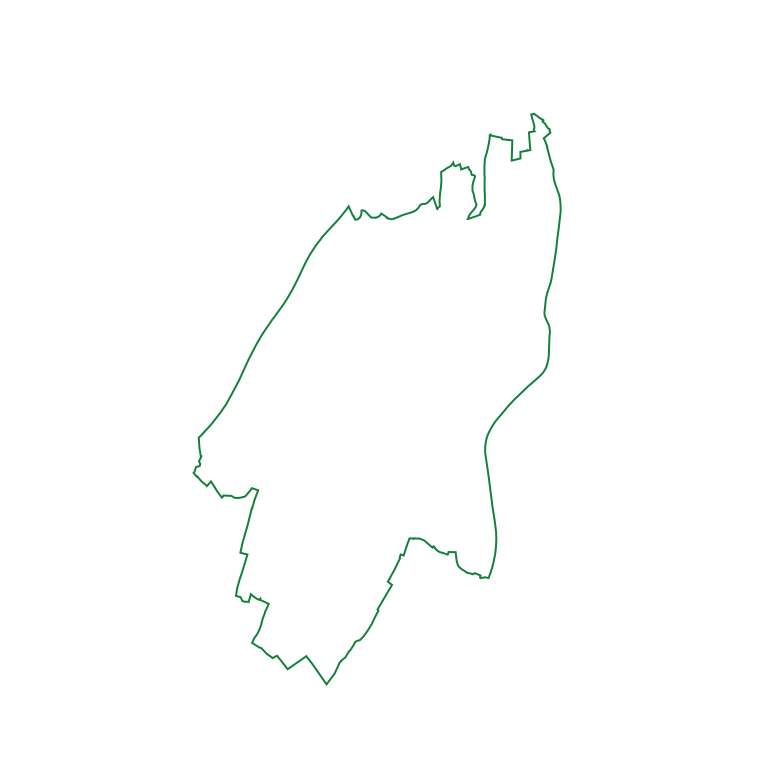 Overbetuwe, Gelderland, Netherlands (Natural Earth projection), rotated 108°
{"feature_id": "6326949B83262310623938", "entity_name": "Overbetuwe", "entity_type": "district", "adm_level": 2, "iso_a3": "NLD", "parent_name": "Netherlands", "parent_adm1": "Gelderland", "projection": "natural_earth1", "projection_center": [5.758, 51.922], "detail": "fine", "context": "isolated", "style": "outline", "palette": "green", "viewbox_px": 768, "rotation_deg": 108, "n_neighbors": 0, "source": "geoboundaries", "source_scale": "gbopen_adm2", "svg_char_len": 5997}
<svg xmlns="http://www.w3.org/2000/svg" viewBox="0 0 768 768"><g transform="rotate(108 384 384)"><path d="M536.2,224.6L531.8,224.4L524.2,224.4L520.2,224.7L512.3,225.6L509.9,226.0L504.2,227.2L499.8,228.4L496.0,229.5L490.4,231.6L484.2,234.4L478.8,237.0L467.4,242.8L439.2,256.1L419.2,266.0L416.8,267.0L414.8,267.7L411.5,268.5L408.5,269.1L404.7,269.6L400.4,269.6L397.1,269.2L393.6,268.6L390.7,268.0L387.2,267.1L383.9,266.0L366.1,258.8L359.2,255.6L345.6,248.3L342.0,246.4L331.7,240.2L328.4,238.3L325.4,236.8L322.0,235.6L318.2,234.9L314.1,234.9L310.3,235.3L306.2,236.0L286.3,241.7L284.2,241.9L281.7,242.9L278.6,244.4L276.7,245.8L271.9,250.2L269.4,252.2L266.9,253.4L252.1,256.5L246.2,256.9L236.5,256.8L232.8,257.1L208.7,260.8L201.5,262.1L191.1,264.3L183.2,265.7L166.9,269.0L165.0,269.4L159.7,271.2L155.6,272.9L152.2,274.6L149.3,276.4L141.0,282.9L137.6,285.2L136.5,285.8L132.8,287.5L129.0,288.6L128.0,288.7L120.4,294.4L107.4,302.7L107.2,302.5L101.9,307.0L101.0,308.0L93.6,303.4L92.7,304.1L92.4,304.6L91.9,304.6L90.5,305.2L90.3,305.4L90.2,305.7L90.4,306.5L90.3,306.9L88.7,308.7L87.3,310.8L86.5,311.3L86.1,312.7L85.3,314.4L83.8,313.9L83.7,314.0L83.4,315.8L83.1,317.3L82.5,319.4L81.9,320.6L81.1,323.6L80.6,324.9L81.1,325.3L82.1,327.2L84.1,326.0L85.9,325.0L87.5,323.8L88.1,323.3L90.0,322.2L90.9,321.3L91.7,321.2L93.7,320.1L95.4,320.1L96.0,320.0L96.7,319.6L97.1,318.9L99.9,323.9L110.0,319.8L116.3,317.1L118.0,320.1L117.8,320.2L118.0,320.3L121.1,326.0L127.3,323.9L131.4,330.5L132.1,331.6L117.9,335.7L112.6,337.3L114.7,347.1L114.2,347.8L113.4,348.1L113.6,348.9L114.7,359.5L113.9,359.8L114.4,360.3L118.0,359.4L123.7,358.5L131.2,357.8L138.8,357.6L139.9,357.4L140.8,357.1L146.3,355.6L149.5,354.6L154.6,352.9L155.9,352.2L160.7,350.8L168.3,348.3L173.8,346.2L182.9,343.3L183.1,343.7L184.3,343.5L185.1,343.5L190.9,345.2L192.1,345.2L192.8,345.0L193.2,344.8L196.7,349.1L196.8,349.4L201.0,354.9L201.1,355.3L196.9,355.0L192.9,353.6L190.8,352.6L187.7,351.6L186.4,351.4L185.4,351.4L184.7,351.6L184.3,351.8L182.3,353.5L179.1,355.6L176.8,356.6L175.9,357.3L174.2,358.4L173.2,359.3L172.5,359.7L168.4,361.0L167.0,361.3L163.2,361.6L161.9,361.5L159.0,361.5L158.3,361.7L158.0,361.9L157.7,362.4L157.6,362.9L157.7,363.3L158.0,364.7L158.0,364.9L157.9,365.2L157.7,365.4L155.5,366.7L155.1,367.0L154.5,367.8L153.4,369.5L151.6,371.0L156.0,376.8L155.7,376.9L151.5,379.8L154.7,383.2L154.7,384.6L152.1,386.6L154.2,387.0L155.7,387.7L156.9,388.6L159.1,390.7L163.0,393.6L164.6,395.2L173.3,392.1L175.5,391.6L179.4,390.6L184.7,389.7L192.6,387.8L197.6,385.8L200.7,387.5L200.7,387.4L201.0,387.4L200.9,387.6L200.4,388.0L191.1,395.0L192.9,396.1L197.5,398.3L198.4,398.8L200.0,400.5L200.5,401.8L200.7,402.7L200.9,403.1L201.6,403.9L202.3,404.6L203.0,404.9L205.7,405.7L207.2,406.4L208.3,406.9L209.4,407.8L211.7,410.1L212.3,410.9L216.1,416.4L218.0,419.0L220.9,422.2L224.3,426.4L224.9,427.5L225.4,432.2L224.8,432.3L223.3,437.0L222.8,439.3L224.6,439.7L225.8,440.4L226.9,441.4L228.3,443.0L228.2,443.2L228.6,443.8L229.2,445.8L229.6,447.9L229.4,448.1L228.2,450.3L225.5,455.2L225.3,458.0L225.9,459.0L228.5,458.3L229.9,458.0L231.5,458.1L233.0,458.4L233.6,458.6L234.2,459.0L235.6,460.2L236.1,460.8L236.5,461.8L236.5,462.3L235.4,463.1L235.3,463.4L235.3,463.5L234.0,464.5L233.8,464.8L234.0,464.9L233.2,465.9L226.0,472.5L229.9,473.7L239.2,477.2L246.8,480.6L254.0,484.0L260.4,486.9L263.1,488.0L273.0,491.5L280.6,493.6L284.6,494.6L290.9,495.8L297.8,496.8L310.6,498.4L318.4,499.6L324.0,500.6L329.3,501.7L334.8,503.0L341.5,504.9L354.4,509.1L357.1,510.1L368.7,513.5L372.5,514.6L378.5,516.1L386.8,517.8L402.9,520.4L425.4,523.0L440.3,525.6L452.3,527.9L461.7,530.7L476.0,535.9L489.3,542.0L492.3,543.6L502.2,539.6L509.2,536.0L509.2,535.3L514.7,536.1L515.0,535.7L515.7,535.2L516.4,534.3L516.9,534.0L518.1,533.9L518.8,533.9L519.1,534.1L521.1,537.1L525.6,537.1L527.0,537.2L526.9,537.3L527.4,537.6L530.0,533.4L529.6,533.1L530.3,532.0L533.2,527.2L533.9,525.2L534.6,523.5L535.0,522.4L535.9,520.9L530.2,518.4L534.5,513.1L537.9,509.2L542.2,503.0L541.5,502.6L539.6,502.2L538.4,497.5L537.6,495.0L537.6,494.5L538.3,491.9L538.3,490.1L537.8,488.4L536.7,485.8L534.4,482.0L533.4,481.1L526.4,478.2L523.9,477.4L524.0,470.8L533.8,471.3L543.5,471.0L543.5,471.3L559.9,470.1L578.4,469.5L587.2,468.6L588.9,468.4L588.4,461.2L605.1,460.8L614.7,460.9L621.8,460.6L623.0,460.6L631.3,459.3L631.2,457.8L631.1,454.5L631.2,454.2L634.1,451.8L634.1,449.3L633.5,447.0L632.9,445.7L633.0,445.4L625.1,445.6L626.3,442.8L627.0,440.7L627.5,438.8L627.8,436.0L627.3,435.9L627.1,435.6L627.5,435.7L627.6,435.3L627.2,435.2L627.7,435.0L627.6,434.7L628.7,425.7L634.1,426.2L637.1,426.7L638.6,426.5L645.1,426.9L646.5,426.7L648.9,426.7L651.1,426.4L656.5,426.6L657.9,426.8L661.7,427.5L666.0,428.9L671.0,429.4L671.8,426.3L671.9,425.8L673.1,421.4L673.0,420.1L673.1,419.5L673.0,419.3L674.8,415.9L677.0,411.9L677.9,408.6L678.4,407.0L679.1,405.3L675.5,401.8L678.9,396.5L685.0,387.5L672.0,377.6L666.9,373.8L672.2,365.9L687.4,345.8L674.5,341.4L663.9,340.2L663.2,340.3L662.7,340.1L660.9,339.1L660.6,339.3L656.1,336.4L655.1,336.0L650.8,335.1L649.6,334.8L647.3,333.7L643.4,332.7L642.7,332.4L638.8,331.8L638.0,331.4L637.2,330.8L634.8,327.6L633.8,327.1L631.3,325.8L624.4,323.5L616.2,321.5L610.6,320.8L601.1,319.3L600.6,320.4L600.4,320.5L572.6,314.3L570.8,319.2L557.2,316.6L544.8,314.9L544.3,315.4L544.2,315.5L541.0,315.4L541.0,312.3L529.4,312.3L526.6,312.2L525.5,312.1L523.2,312.1L522.6,311.2L521.9,307.7L521.5,307.8L521.0,305.5L520.5,304.1L520.1,302.7L520.1,302.0L520.4,297.2L522.8,291.7L524.6,287.3L523.2,286.8L523.6,286.0L523.6,285.8L523.6,285.5L523.8,285.5L524.2,285.2L525.1,283.8L525.9,281.9L526.5,280.2L526.6,277.7L526.5,274.6L526.6,271.0L526.6,270.8L526.5,270.6L526.0,270.5L523.9,270.7L521.8,263.9L522.9,263.4L529.1,260.6L533.0,258.1L534.0,257.1L534.5,256.5L535.9,253.6L536.5,251.7L536.8,249.8L537.4,248.5L537.8,246.9L537.6,244.2L537.4,241.4L537.5,241.4L537.5,240.6L537.1,240.2L536.3,239.7L535.8,239.1L536.3,233.0L538.3,232.9L538.2,231.2L538.3,231.2L536.6,228.2L536.2,224.6Z" fill="none" stroke="#15803d" stroke-width="2"/></g></svg>